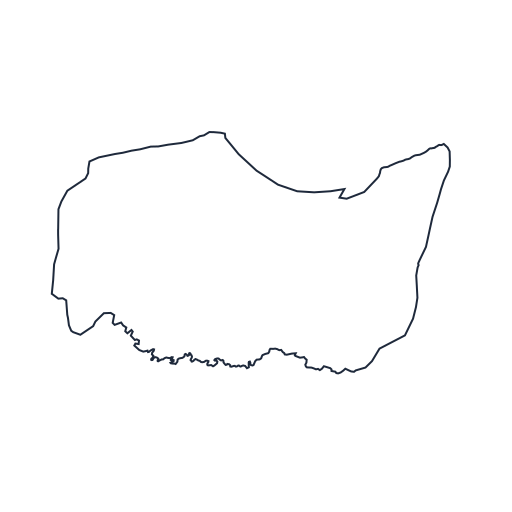 the district of Doma, Nassarawa, Nigeria, rotated 261°
{"feature_id": "59680162B87556890682936", "entity_name": "Doma", "entity_type": "district", "adm_level": 2, "iso_a3": "NGA", "parent_name": "Nigeria", "parent_adm1": "Nassarawa", "projection": "natural_earth1", "projection_center": [8.177, 8.137], "detail": "fine", "context": "isolated", "style": "outline", "palette": "slate", "viewbox_px": 512, "rotation_deg": 261, "n_neighbors": 0, "source": "geoboundaries", "source_scale": "gbopen_adm2", "svg_char_len": 4426}
<svg xmlns="http://www.w3.org/2000/svg" viewBox="0 0 512 512"><g transform="rotate(261 256 256)"><path d="M238.4,425.3L249.4,429.6L255.9,432.1L267.1,436.5L280.1,443.2L288.0,446.9L293.1,449.2L301.2,453.4L309.2,458.9L314.0,461.4L320.4,462.5L329.0,463.6L333.2,462.2L337.3,459.0L336.6,456.8L336.6,456.1L336.8,455.4L336.9,454.9L337.1,454.3L336.7,453.2L336.4,452.7L335.8,451.3L335.6,450.3L335.2,450.0L334.9,449.1L334.8,448.5L335.0,448.0L334.9,447.6L334.9,446.8L334.8,446.2L335.0,445.5L335.0,444.9L335.0,444.7L334.7,443.8L333.4,441.9L332.4,440.1L331.6,438.0L330.7,434.7L330.4,433.6L330.5,430.5L330.5,429.2L330.3,428.0L329.3,425.3L328.2,423.2L328.0,422.0L327.9,421.3L327.9,419.5L327.7,418.2L327.4,417.5L327.1,416.5L326.9,415.2L326.7,413.5L326.7,412.5L325.8,408.4L324.6,403.9L324.3,402.5L323.5,400.5L323.4,399.5L323.5,397.8L323.6,396.2L323.1,394.0L322.1,392.8L320.2,391.9L318.7,391.5L317.4,390.7L315.7,389.9L314.9,389.1L313.4,387.4L302.3,372.9L298.4,354.5L300.6,347.6L308.3,353.8L308.3,339.8L309.8,323.4L313.5,306.8L323.0,288.9L329.1,282.2L334.0,276.8L340.2,269.9L359.3,254.8L368.9,249.2L376.2,244.9L377.4,244.2L381.7,244.4L383.3,240.3L385.0,233.4L385.7,229.3L383.3,223.5L383.1,219.1L380.2,211.7L379.6,204.1L379.3,199.9L379.7,186.7L379.5,176.6L380.5,169.2L379.5,158.2L379.5,149.6L378.8,140.6L378.8,132.7L378.0,116.2L375.4,106.3L368.6,104.0L364.1,103.2L359.2,99.7L350.0,79.9L340.3,72.3L333.1,68.2L313.4,64.8L313.2,64.7L308.0,63.9L294.0,62.1L285.5,58.1L279.4,55.3L263.9,51.9L250.6,48.4L244.8,54.1L244.5,58.5L241.9,61.6L227.5,60.4L224.3,60.6L216.8,60.4L211.1,61.8L209.4,63.5L205.7,70.2L212.2,84.2L216.4,87.1L223.3,96.8L222.5,103.6L219.8,106.7L212.4,104.0L210.1,105.6L211.4,112.4L208.2,113.9L205.7,116.7L202.1,115.1L199.8,116.9L202.4,121.4L200.6,122.4L196.9,119.9L192.0,123.2L192.3,125.2L190.8,127.2L187.4,126.3L188.4,123.2L186.6,121.8L181.4,126.0L179.2,129.7L179.3,132.3L179.5,134.0L178.0,134.3L178.0,135.1L179.3,137.4L180.1,139.8L179.7,140.7L178.4,140.2L176.7,138.3L175.1,137.8L173.5,139.0L171.8,138.0L170.8,136.5L169.9,136.2L169.5,136.7L169.5,137.5L170.4,138.3L171.2,138.9L171.9,140.5L171.3,142.0L170.6,142.9L169.6,143.5L168.3,142.5L167.5,142.5L167.3,143.0L168.0,144.7L168.6,146.8L168.4,148.0L169.4,149.7L169.8,151.5L169.1,153.2L168.6,155.0L169.3,156.9L169.0,157.8L168.1,157.3L167.5,155.9L166.6,155.6L166.2,156.2L166.4,157.6L166.0,158.4L165.0,158.1L163.9,154.8L163.3,155.2L162.8,156.8L162.5,158.6L161.9,159.7L163.9,161.8L166.0,162.4L166.7,163.6L166.9,165.0L166.9,167.4L167.6,168.9L168.3,169.7L169.9,170.2L170.3,171.0L170.0,171.5L169.2,172.3L168.1,172.7L168.2,173.6L168.7,174.4L170.3,174.7L170.5,175.4L169.8,176.0L168.6,176.2L168.0,176.8L166.5,177.0L165.6,176.6L164.4,175.6L163.5,175.1L162.9,175.6L161.8,175.9L161.7,176.4L162.2,177.8L163.0,178.7L163.7,180.1L162.8,181.6L161.9,182.6L161.2,184.1L160.0,185.0L159.5,186.2L159.5,188.1L160.4,190.1L160.3,191.3L159.6,192.6L158.7,192.3L157.5,191.2L156.5,190.9L155.7,191.1L155.4,191.9L155.3,194.7L153.8,196.3L154.3,197.7L155.5,199.7L156.2,200.8L157.8,201.3L158.9,200.5L159.1,199.0L159.7,198.6L160.6,199.6L160.9,201.7L160.6,203.0L159.2,204.1L158.3,205.2L158.5,206.8L157.7,207.4L155.9,207.3L153.8,208.5L153.1,209.1L153.3,210.3L153.9,210.8L153.3,212.5L152.2,213.4L150.9,213.3L150.5,214.3L150.9,216.9L150.8,217.9L150.0,218.6L149.9,219.5L150.1,220.4L150.6,221.3L150.5,222.0L149.6,222.8L149.2,223.6L149.6,224.6L149.9,226.2L149.1,228.1L146.6,229.5L147.2,231.5L151.9,232.1L152.5,232.4L152.7,233.4L151.6,233.7L149.9,233.5L149.0,234.0L148.4,235.5L148.7,236.5L152.2,238.7L153.5,240.4L153.3,243.4L154.1,245.1L156.2,246.2L157.1,247.0L157.8,249.8L158.1,252.9L159.4,254.1L161.1,254.7L162.1,255.6L161.9,257.1L161.6,258.2L161.5,260.5L160.7,262.4L159.7,263.7L159.3,264.5L159.3,266.2L157.9,266.9L156.8,267.5L155.7,268.7L154.3,269.0L153.7,270.9L154.0,276.2L153.7,280.0L152.0,278.8L151.2,279.2L148.7,283.5L148.6,286.0L148.7,287.6L147.2,288.4L145.6,289.8L142.8,289.1L140.9,287.7L139.1,288.0L138.0,288.9L137.1,293.4L135.9,295.6L134.7,297.5L134.8,299.6L133.3,301.2L134.3,303.4L136.5,305.8L135.9,307.1L133.6,311.8L132.2,312.8L130.6,312.6L129.3,316.3L127.8,317.0L127.2,318.8L127.7,321.4L129.1,324.2L130.7,326.6L128.7,329.5L127.1,331.9L126.3,334.7L127.4,336.6L128.7,346.7L134.0,354.1L145.2,363.5L154.3,390.7L165.5,398.5L168.8,400.8L169.5,401.3L180.5,406.0L189.5,408.9L201.8,410.2L211.7,411.2L219.3,413.8L221.6,415.2L222.9,414.9L224.0,415.4L226.7,417.2L238.4,425.3Z" fill="none" stroke="#1e293b" stroke-width="2"/></g></svg>